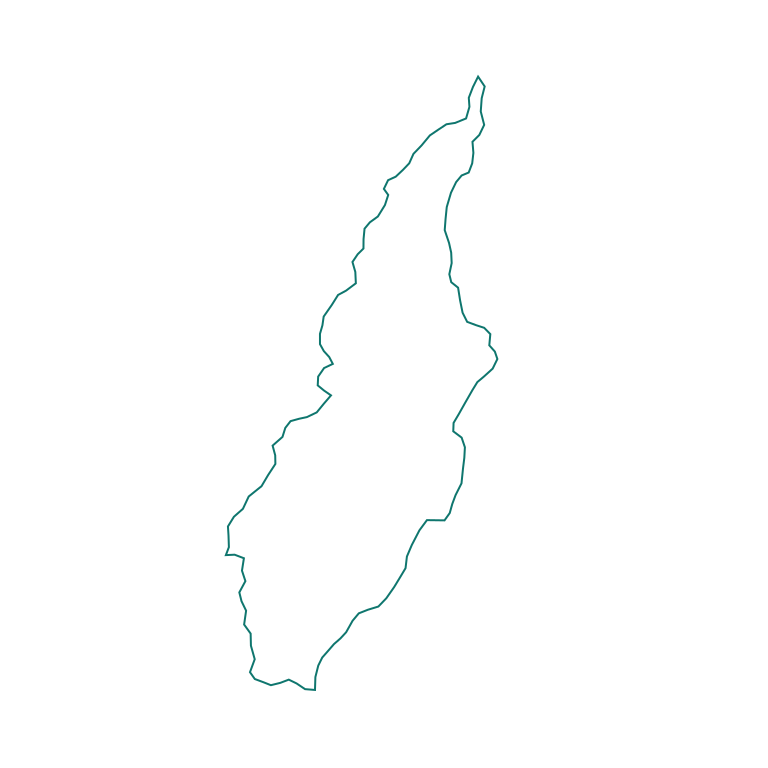 outline of Nova Porteirinha, Minas Gerais, Brazil, rotated 18°
{"feature_id": "56859067B51855792689739", "entity_name": "Nova Porteirinha", "entity_type": "district", "adm_level": 2, "iso_a3": "BRA", "parent_name": "Brazil", "parent_adm1": "Minas Gerais", "projection": "robinson", "projection_center": [-43.277, -15.718], "detail": "fine", "context": "isolated", "style": "outline", "palette": "teal", "viewbox_px": 768, "rotation_deg": 18, "n_neighbors": 0, "source": "geoboundaries", "source_scale": "gbopen_adm2", "svg_char_len": 1958}
<svg xmlns="http://www.w3.org/2000/svg" viewBox="0 0 768 768"><g transform="rotate(18 384 384)"><path d="M412.9,696.3L409.3,683.9L408.5,672.1L409.8,663.2L413.3,655.1L416.8,646.8L421.2,639.4L424.7,631.8L427.3,618.8L430.9,609.9L438.4,603.7L447.4,597.4L452.4,587.1L456.4,574.0L459.0,563.0L461.4,552.5L459.1,541.0L460.2,528.5L462.9,512.2L466.9,500.2L475.9,497.4L483.7,495.0L486.4,486.4L486.0,477.0L486.4,467.6L488.4,454.5L485.3,440.2L483.2,429.4L480.5,419.2L474.4,411.0L464.5,407.6L462.2,399.5L464.5,389.2L466.9,377.2L470.0,362.4L472.2,353.3L476.7,346.1L482.6,335.8L484.1,325.2L479.4,318.9L472.2,314.7L469.7,303.7L461.9,299.6L453.5,299.6L443.9,299.2L436.7,291.9L430.5,280.9L424.7,269.5L416.5,266.4L412.2,259.4L411.0,248.1L407.3,238.3L402.3,229.8L394.2,218.9L391.5,207.8L389.0,196.3L388.6,181.4L390.2,169.7L393.4,161.7L399.2,156.7L399.7,146.9L397.6,136.6L393.3,126.3L397.7,117.7L399.2,106.6L391.8,94.9L388.6,82.0L387.8,69.9L378.5,62.6L376.8,74.0L376.2,85.6L379.6,94.0L380.0,106.1L371.0,113.7L363.1,117.7L357.0,125.4L350.8,133.4L346.0,145.5L340.9,156.0L339.8,166.3L335.8,174.6L331.1,183.2L324.9,188.9L323.6,198.5L329.6,202.9L329.6,213.5L326.4,226.6L320.6,234.6L317.5,242.3L319.8,252.6L322.6,261.5L318.9,268.7L316.3,277.7L322.1,286.3L326.1,296.9L319.1,306.9L312.8,313.5L309.9,325.0L305.8,338.5L307.3,347.2L307.6,356.1L310.8,365.9L316.6,371.3L323.6,375.3L329.1,380.7L322.1,387.3L319.1,397.3L321.4,405.8L329.1,408.8L337.1,411.2L332.8,421.5L328.8,431.8L320.9,439.3L314.0,443.3L306.6,448.2L303.7,456.2L303.8,465.7L297.1,477.0L302.6,485.5L305.4,493.6L301.9,506.5L299.1,519.0L294.4,526.2L290.1,532.8L288.4,546.3L282.3,556.6L279.6,567.7L283.0,576.3L286.9,587.1L286.5,595.6L294.7,592.5L304.6,593.0L306.6,605.4L313.1,614.3L310.8,626.9L315.6,634.6L322.9,642.2L325.3,656.0L334.3,662.6L338.3,674.0L346.1,685.7L345.6,699.5L352.3,704.5L361.7,704.9L369.5,705.4L377.7,700.3L384.8,694.6L393.4,695.8L403.2,698.6L412.9,696.3Z" fill="none" stroke="#0f766e" stroke-width="2"/></g></svg>